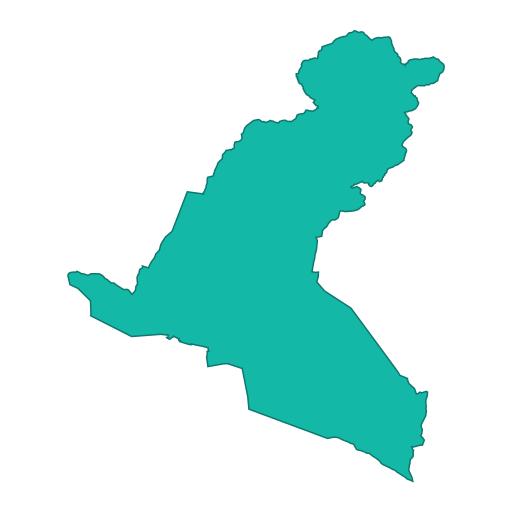 Piura, Piura, Peru (Albers equal-area conic projection)
{"feature_id": "86281439B64681536728505", "entity_name": "Piura", "entity_type": "district", "adm_level": 2, "iso_a3": "PER", "parent_name": "Peru", "parent_adm1": "Piura", "projection": "albers", "projection_center": [-80.324, -5.19], "detail": "fine", "context": "isolated", "style": "filled", "palette": "teal", "viewbox_px": 512, "rotation_deg": 0, "n_neighbors": 0, "source": "geoboundaries", "source_scale": "gbopen_adm2", "svg_char_len": 5975}
<svg xmlns="http://www.w3.org/2000/svg" viewBox="0 0 512 512"><path d="M365.0,34.6L363.6,32.5L363.0,32.2L361.2,31.8L358.9,32.5L354.8,30.7L354.0,30.9L353.2,31.8L351.8,32.5L349.4,32.8L348.4,33.4L346.8,35.5L345.6,36.4L342.4,36.7L341.0,37.4L339.3,37.6L338.3,38.3L336.0,39.2L333.8,41.2L332.2,43.4L322.2,46.7L321.4,50.4L319.7,50.6L318.6,51.9L318.3,52.7L318.3,54.9L317.9,55.8L317.8,58.0L317.0,58.5L314.6,58.0L311.6,59.0L309.7,59.2L308.7,60.5L305.0,60.3L302.9,61.3L301.3,64.4L301.8,66.2L299.2,70.3L298.4,73.6L296.2,73.8L296.4,76.7L297.1,76.9L297.2,77.7L297.7,77.2L297.9,77.4L297.6,79.8L298.7,80.3L298.3,81.4L299.2,83.1L300.2,83.9L301.8,84.3L302.3,86.1L303.1,86.8L303.2,89.1L304.1,90.2L304.2,91.1L305.5,92.9L305.6,93.4L306.9,94.8L308.6,95.6L310.6,97.9L315.1,100.0L313.3,102.4L316.2,105.7L317.7,105.7L317.6,106.2L318.2,106.9L318.2,108.0L317.1,107.9L316.6,108.8L315.5,109.8L312.9,111.1L309.2,110.8L307.4,110.1L305.7,110.3L305.3,111.6L303.9,113.4L298.7,114.3L297.5,114.8L296.9,115.4L296.1,118.0L295.4,118.9L292.4,120.8L291.4,121.7L289.6,121.3L287.8,121.5L285.1,120.2L282.9,120.4L279.5,121.5L278.9,122.8L278.5,122.9L274.7,122.2L273.3,121.2L271.4,121.0L270.3,120.4L267.9,121.8L265.6,122.4L263.7,121.5L262.7,121.9L262.1,121.7L258.9,119.5L253.5,120.5L246.8,125.6L244.7,128.1L243.1,133.0L241.4,134.2L241.9,136.1L241.8,137.3L242.2,138.1L241.8,139.1L240.3,140.6L238.3,141.7L236.3,141.8L234.9,142.2L234.2,144.9L234.3,147.9L231.8,149.3L231.2,150.0L230.0,149.5L228.5,150.2L226.1,150.3L225.0,152.3L222.6,154.7L222.2,159.0L220.3,160.4L217.8,163.2L217.1,165.7L214.5,170.9L214.4,172.7L213.7,173.6L213.4,175.9L207.7,177.3L207.1,179.9L207.3,182.7L206.1,185.8L206.2,187.7L205.4,188.7L204.3,191.7L203.7,192.1L203.2,193.1L203.5,194.0L187.3,191.8L172.1,231.3L165.5,237.0L162.4,241.7L160.8,244.7L159.3,250.3L155.8,254.0L154.5,257.7L151.4,261.8L149.4,265.6L148.5,267.9L142.4,266.0L142.6,266.9L142.3,268.0L140.5,268.9L139.7,269.7L139.2,271.5L139.2,273.1L137.9,275.1L137.0,277.5L137.5,284.0L135.9,286.5L135.7,289.2L134.6,291.8L133.6,292.5L132.2,294.5L128.3,289.8L126.5,289.3L124.7,289.7L122.6,289.0L115.9,284.7L114.1,283.1L111.0,282.9L107.1,279.5L105.0,278.5L104.1,277.2L102.1,275.4L99.4,273.9L91.9,273.7L90.9,273.8L88.7,275.1L87.2,275.2L84.6,274.1L80.9,273.6L80.0,272.7L76.8,271.3L75.4,272.4L73.8,272.0L70.1,272.6L68.5,273.7L67.9,275.5L69.9,284.6L78.0,288.4L90.5,300.8L91.0,313.9L90.7,315.8L131.6,336.5L160.8,334.3L168.3,335.2L167.9,337.4L166.7,337.5L167.3,338.2L168.1,338.3L169.3,339.3L170.9,338.6L171.4,337.7L173.3,336.9L173.5,336.1L177.6,338.4L179.0,338.6L178.7,340.3L180.2,340.8L179.8,341.6L188.5,344.3L191.1,344.7L191.1,344.0L192.9,344.3L204.7,346.8L208.2,347.9L208.2,349.9L209.0,350.9L207.1,351.5L207.3,354.2L206.6,356.8L207.9,366.6L224.1,363.7L227.8,363.7L242.2,368.5L247.8,396.8L248.9,409.2L327.5,438.4L333.6,437.2L338.0,437.5L343.0,440.0L347.7,441.7L350.9,443.5L353.1,443.8L353.9,444.7L356.1,448.7L357.0,449.7L360.5,450.5L364.8,452.0L366.6,453.1L368.8,453.3L370.1,454.0L373.0,456.3L376.5,458.5L379.6,461.0L381.2,463.3L383.2,464.7L390.7,468.2L392.3,469.3L394.8,470.1L396.5,471.7L405.6,477.5L406.5,478.6L412.8,481.3L411.7,476.8L409.0,471.0L408.8,469.0L409.3,466.7L409.3,464.9L410.0,463.8L409.9,462.2L410.4,459.3L412.4,457.5L413.2,455.9L413.2,452.1L413.6,450.6L413.1,449.8L412.2,449.1L412.3,447.8L411.7,446.9L413.7,446.9L420.7,445.1L422.4,445.2L424.3,440.1L422.8,437.9L420.6,435.9L421.7,434.0L422.4,429.6L421.6,428.1L421.0,425.8L421.9,423.2L425.9,415.5L425.7,414.7L426.4,411.7L425.9,408.4L426.3,406.4L425.8,403.7L425.8,400.2L427.4,395.4L427.5,392.1L426.4,391.4L421.7,392.8L420.8,392.7L420.0,392.1L417.9,393.7L416.3,393.9L414.5,388.6L408.8,383.5L407.3,379.1L407.5,378.5L400.0,375.4L397.9,372.0L386.6,356.5L351.0,308.2L324.6,291.0L316.8,282.0L318.2,276.8L318.5,272.1L315.7,272.4L312.0,271.8L313.5,262.8L314.7,258.3L315.0,255.1L316.4,250.0L317.4,240.4L315.9,237.4L321.7,236.3L322.6,230.5L324.0,228.8L326.7,226.7L328.3,223.7L329.7,222.2L330.4,221.0L332.0,219.9L335.1,219.9L337.5,218.4L338.4,217.2L339.7,211.9L340.6,210.7L345.1,211.6L352.8,211.0L355.8,210.3L358.4,209.4L362.3,206.0L363.3,206.0L364.8,204.9L364.9,204.0L363.7,201.3L365.0,199.3L365.2,197.8L365.0,196.7L362.5,194.8L361.8,194.8L360.4,193.7L360.2,192.5L361.0,189.9L360.8,189.2L359.2,187.9L357.0,186.6L352.4,188.1L351.1,187.4L351.0,186.6L353.7,185.6L353.9,184.5L355.7,184.4L362.4,181.4L363.5,182.7L364.7,183.0L367.0,182.8L368.8,183.2L368.6,184.6L369.1,184.7L369.4,185.7L371.4,186.5L372.7,185.7L373.7,184.1L375.4,182.9L375.8,182.0L378.0,180.2L379.5,181.7L381.8,180.8L382.5,177.8L383.2,177.3L383.4,176.5L384.8,174.9L384.6,173.8L385.7,173.3L386.7,172.3L387.3,169.8L388.6,168.5L393.6,166.7L395.4,165.1L396.8,165.2L397.7,164.7L404.0,160.2L403.9,159.2L405.2,155.1L405.3,153.4L406.1,152.6L406.6,150.4L405.6,148.3L404.1,147.5L402.5,146.2L401.9,144.8L403.7,141.4L407.5,137.7L410.6,135.4L411.5,134.1L412.1,132.3L410.9,131.0L410.9,129.7L412.5,127.0L411.2,124.9L408.6,123.9L408.0,121.6L409.0,118.9L407.3,116.6L406.4,115.9L405.6,113.8L404.6,112.6L405.7,112.0L407.7,111.8L408.8,111.1L412.0,110.6L415.6,108.6L417.9,105.1L418.6,102.9L418.5,102.2L417.8,101.8L416.9,97.9L415.8,97.4L415.2,95.9L414.0,95.9L412.7,94.0L411.4,93.0L411.5,91.1L412.4,89.5L417.5,85.7L418.5,85.4L420.1,85.8L421.8,85.6L424.3,85.8L426.7,84.6L428.7,85.0L430.7,83.5L433.0,83.4L435.0,82.5L435.9,81.6L437.6,80.8L438.3,77.6L439.4,75.3L439.8,73.5L441.7,72.7L442.7,71.8L443.9,69.3L444.1,65.6L443.2,64.0L439.6,61.2L438.5,59.3L436.3,58.9L433.2,56.9L432.2,57.6L430.9,57.7L429.4,58.4L425.1,58.3L423.7,58.9L422.6,58.8L419.4,59.6L417.7,59.0L414.5,59.0L410.0,59.9L408.3,60.9L407.9,62.7L406.3,63.2L405.2,65.2L405.1,64.6L404.4,64.2L402.2,64.0L400.4,62.3L400.8,60.3L400.6,59.1L399.8,57.5L397.9,56.2L397.9,54.9L397.0,53.4L395.0,52.2L394.5,50.8L393.7,49.9L394.0,48.6L392.5,46.0L392.3,44.7L391.5,43.3L391.6,41.3L390.2,37.9L388.8,36.9L383.0,37.4L381.2,37.9L378.2,37.5L375.3,38.2L374.2,38.9L373.3,39.1L372.5,40.2L371.1,39.7L369.5,38.5L366.8,35.6L365.0,34.6Z" fill="#14b8a6" stroke="#0f766e" stroke-width="1.5"/></svg>